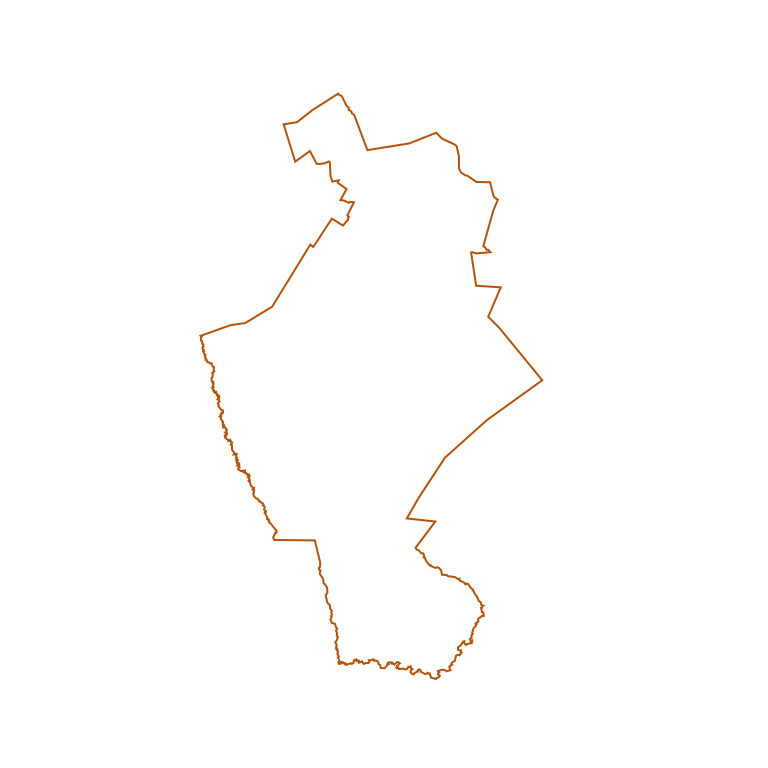 the district of Chilanga, Lusaka, Zambia, rotated 232°
{"feature_id": "96606910B81629947645825", "entity_name": "Chilanga", "entity_type": "district", "adm_level": 2, "iso_a3": "ZMB", "parent_name": "Zambia", "parent_adm1": "Lusaka", "projection": "albers", "projection_center": [27.992, -15.452], "detail": "fine", "context": "isolated", "style": "outline", "palette": "amber", "viewbox_px": 768, "rotation_deg": 232, "n_neighbors": 0, "source": "geoboundaries", "source_scale": "gbopen_adm2", "svg_char_len": 6166}
<svg xmlns="http://www.w3.org/2000/svg" viewBox="0 0 768 768"><g transform="rotate(232 384 384)"><path d="M119.5,243.4L120.0,244.7L119.1,246.3L119.7,248.4L121.7,247.8L122.7,248.5L122.7,249.9L124.5,249.8L123.3,253.5L121.7,255.6L119.1,256.4L117.6,260.1L118.4,259.9L121.1,261.7L120.9,264.9L122.0,264.7L122.7,266.5L122.1,269.2L125.5,273.4L125.3,275.3L123.7,276.5L124.1,278.1L124.9,278.7L124.5,279.7L127.0,280.7L127.4,279.5L129.0,278.7L130.9,280.2L130.9,284.1L132.3,287.7L131.8,288.9L130.7,287.7L127.7,288.0L128.0,289.3L125.9,293.6L126.9,293.7L127.1,295.4L127.7,295.7L128.0,294.1L130.1,294.5L130.1,296.8L132.1,298.2L132.4,300.2L133.4,300.1L136.4,304.1L136.9,307.6L138.7,308.6L137.9,309.2L139.0,310.2L138.7,312.1L140.6,313.2L141.1,314.9L140.6,317.1L141.1,318.2L139.8,319.9L142.9,321.6L143.8,320.7L148.0,322.7L147.4,323.8L148.5,324.7L148.3,325.7L150.1,324.7L152.7,325.9L154.3,325.1L160.1,326.5L162.8,326.3L165.8,327.2L166.7,326.8L167.4,327.6L169.2,326.9L174.6,327.1L175.4,326.9L175.9,324.7L177.9,325.0L182.6,322.6L184.1,323.6L184.6,322.3L188.2,321.0L193.2,316.1L195.0,315.7L197.9,312.3L201.9,314.2L205.0,314.2L206.8,313.1L207.5,311.2L212.5,308.5L212.9,309.1L214.1,308.2L219.3,308.4L221.9,309.2L222.9,308.5L223.3,309.5L226.3,310.7L227.8,309.1L231.4,309.1L233.3,307.9L235.5,307.9L244.0,339.8L264.0,319.2L273.2,341.9L288.4,386.7L292.2,442.8L289.5,511.0L357.4,509.4L372.8,507.5L388.3,535.5L404.7,517.1L434.0,533.6L433.3,534.9L430.0,537.2L422.3,549.1L425.8,548.6L426.5,547.5L429.2,547.8L431.4,547.1L453.0,576.3L459.2,587.2L462.8,585.9L464.9,586.1L477.7,591.8L486.3,581.2L496.9,577.9L498.4,576.5L503.3,574.8L507.7,575.8L517.6,583.4L526.8,587.7L528.6,587.4L541.6,580.8L549.8,579.9L558.1,551.9L578.5,514.9L614.7,526.3L616.7,525.3L618.9,526.1L621.9,524.9L623.3,526.3L626.4,525.8L636.7,528.0L640.0,526.5L641.0,526.7L643.9,496.5L643.9,476.6L650.4,464.8L613.9,450.9L613.2,469.1L599.2,466.5L597.0,468.6L594.7,472.8L593.2,477.7L591.9,477.7L580.7,469.8L575.2,468.0L572.4,473.7L571.1,471.4L560.7,474.5L555.7,462.9L553.3,465.4L548.3,468.0L548.6,469.2L545.7,472.2L539.5,459.0L537.3,459.3L537.2,458.2L535.7,457.1L534.2,449.2L546.4,444.7L535.5,412.6L539.2,411.8L513.8,343.5L517.5,312.1L524.8,299.4L534.9,269.2L533.6,269.4L533.6,268.5L530.7,266.5L529.5,267.0L527.6,265.6L526.4,266.1L525.6,265.0L524.4,264.6L524.7,263.7L523.9,262.9L522.3,262.4L521.9,262.9L521.1,261.7L520.4,262.2L520.1,261.4L517.6,260.7L516.9,261.1L516.5,260.0L514.8,259.9L514.5,259.0L513.3,259.2L512.9,258.5L512.4,259.1L509.9,258.3L508.9,259.4L507.4,259.5L506.5,260.9L503.3,259.7L502.0,260.5L500.3,258.6L498.6,258.2L498.6,255.9L497.8,256.2L497.2,254.8L495.5,253.7L494.8,251.6L492.0,249.9L490.8,250.9L489.8,249.4L488.8,249.7L487.9,247.9L486.5,247.8L486.7,246.0L483.6,246.2L483.6,245.3L481.7,245.2L480.7,245.6L481.4,246.1L481.1,246.9L480.1,246.0L478.8,246.4L478.0,245.4L477.3,246.3L476.6,245.7L476.0,246.7L475.2,246.2L475.4,245.5L474.6,245.4L475.0,244.6L474.0,244.4L474.1,243.4L473.0,244.1L471.3,243.5L471.6,242.3L470.9,241.1L469.2,240.8L468.4,239.9L463.6,239.8L462.5,240.8L460.4,239.5L461.2,238.2L460.4,237.9L460.7,236.4L459.1,236.0L459.4,234.6L457.9,235.0L456.8,233.9L454.1,234.0L452.9,233.5L453.1,233.0L450.8,232.7L451.0,231.8L450.2,231.3L450.2,232.1L448.7,232.2L448.4,231.3L448.0,232.1L445.2,231.9L444.6,232.7L445.1,231.3L444.0,231.2L443.6,229.2L442.8,230.0L442.2,229.2L441.5,229.8L440.9,229.2L440.7,227.7L441.5,227.7L441.5,226.8L440.3,226.1L439.4,226.6L438.7,225.7L435.9,226.9L435.1,226.4L434.9,227.8L434.3,227.1L433.8,228.3L431.9,227.5L431.3,228.2L430.4,225.8L429.2,226.4L425.6,223.7L421.8,223.6L421.1,222.3L420.3,224.4L419.3,224.8L418.9,223.1L416.6,222.7L416.7,221.8L414.4,221.9L414.8,220.9L413.9,221.0L413.9,220.2L412.2,220.2L412.8,219.8L410.9,219.0L410.7,220.0L410.2,218.8L409.8,220.2L409.1,220.2L409.0,218.9L407.5,218.8L407.8,218.1L406.8,216.6L403.5,217.6L402.3,220.0L401.6,220.0L401.6,218.9L400.9,219.1L401.0,220.8L400.1,219.9L399.4,220.2L399.2,219.1L398.9,220.2L397.3,221.0L396.3,220.4L396.0,221.3L395.6,220.6L395.0,221.2L394.4,219.8L393.9,221.0L392.9,219.6L391.1,219.2L391.3,217.8L390.4,217.6L390.1,218.4L386.1,216.6L382.8,216.9L382.0,215.9L381.8,216.9L381.2,215.8L379.8,216.9L380.5,215.5L378.6,214.8L378.2,213.5L376.1,212.5L373.0,212.7L370.9,213.9L368.4,213.3L367.7,214.3L366.7,214.0L364.2,215.0L362.9,214.7L362.9,213.9L361.5,214.4L359.8,213.7L358.9,212.2L357.2,212.0L356.5,212.7L355.6,211.6L355.9,210.8L350.9,209.9L349.6,208.7L348.3,209.1L348.3,209.7L346.7,209.3L346.5,208.5L344.9,208.3L344.0,208.8L334.7,208.9L333.1,208.0L333.7,206.9L331.3,202.2L328.7,201.5L303.3,233.2L282.0,223.5L279.1,220.6L279.1,219.3L277.4,218.6L276.1,219.1L274.1,216.5L268.2,216.1L263.9,213.7L262.6,214.2L258.5,213.7L254.6,211.1L253.3,207.9L246.6,204.7L243.0,205.2L240.1,203.2L237.1,203.1L236.7,202.0L234.3,201.0L233.6,199.3L232.7,199.3L231.3,196.8L227.8,195.9L225.1,197.7L221.4,196.3L220.2,196.6L219.2,194.4L216.4,193.4L214.7,191.8L213.1,191.9L211.0,188.8L210.6,186.6L207.4,186.0L205.6,183.6L204.9,184.2L204.1,183.2L203.5,183.8L203.0,183.0L201.3,183.0L200.1,181.1L197.0,180.7L196.9,179.3L193.0,178.4L192.8,176.6L191.0,176.2L190.1,178.4L190.9,178.5L191.0,179.4L189.7,180.5L188.0,180.6L187.8,181.4L187.2,180.8L186.6,181.6L185.7,181.4L185.1,184.3L184.0,186.2L183.3,186.2L183.0,188.4L184.4,189.6L184.1,190.4L184.7,190.7L184.0,192.6L182.7,192.1L182.8,192.9L181.4,193.9L180.7,192.7L179.8,192.6L178.9,196.0L176.5,195.5L175.5,196.1L175.6,197.6L173.6,200.2L173.9,201.4L175.6,202.0L173.8,204.5L173.8,205.9L172.5,206.5L172.0,205.9L170.2,208.1L168.2,208.2L166.6,207.3L165.0,207.9L162.3,206.6L160.7,208.2L159.7,209.6L159.9,210.8L160.3,213.4L161.3,214.3L160.7,215.1L161.8,215.2L161.9,216.1L160.9,217.5L158.9,218.0L159.4,218.9L156.5,219.3L156.8,223.0L156.0,224.0L154.2,224.5L154.4,223.6L153.4,222.0L153.9,220.8L152.8,220.2L153.0,219.2L152.0,219.3L151.1,220.6L150.1,220.3L147.8,224.0L146.4,224.5L145.2,226.8L146.2,229.1L145.2,229.5L145.0,231.2L143.2,230.3L141.8,230.8L141.7,228.7L140.6,227.5L138.3,227.6L136.9,228.6L137.4,229.6L137.0,232.3L137.4,233.8L136.8,233.9L137.7,235.0L137.3,236.3L136.1,236.7L134.8,235.8L130.1,237.8L129.3,239.8L129.7,240.4L127.9,241.1L127.8,241.8L123.6,240.3L119.5,243.4Z" fill="none" stroke="#b45309" stroke-width="2"/></g></svg>